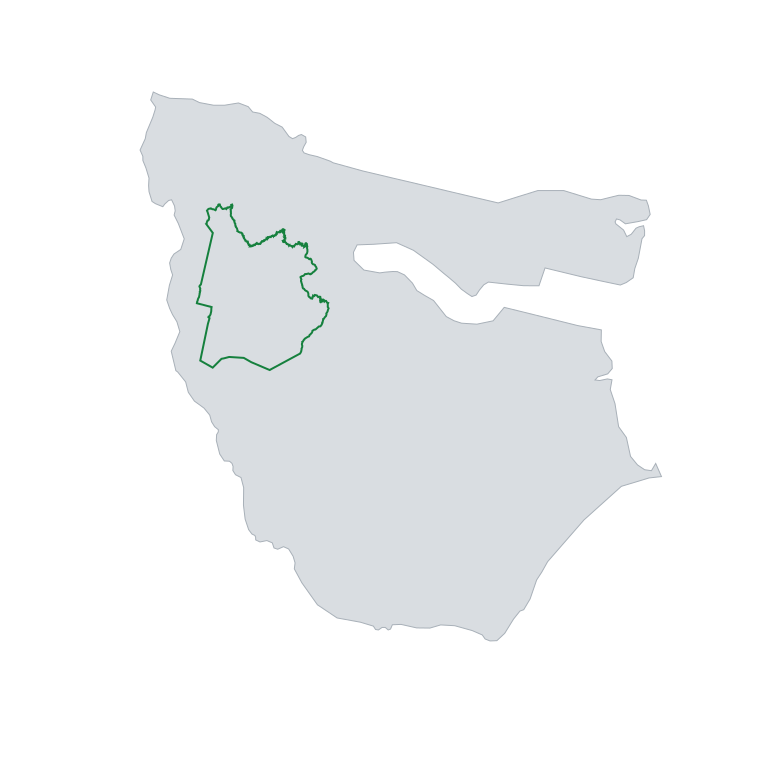 Goudiry, Tambacounda, Senegal shown in context, rotated 193°
{"feature_id": "50182788B18390590381778", "entity_name": "Goudiry", "entity_type": "district", "adm_level": 2, "iso_a3": "SEN", "parent_name": "Senegal", "parent_adm1": "Tambacounda", "projection": "natural_earth1", "projection_center": [-12.97, 13.973], "detail": "fine", "context": "in_parent", "style": "outline", "palette": "green", "viewbox_px": 768, "rotation_deg": 193, "n_neighbors": 0, "source": "geoboundaries", "source_scale": "gbopen_adm2", "svg_char_len": 9059}
<svg xmlns="http://www.w3.org/2000/svg" viewBox="0 0 768 768"><g transform="rotate(193 384 384)"><path d="M589.8,350.2L598.7,368.1L596.8,376.6L594.7,389.1L599.8,398.1L605.7,404.1L609.9,409.5L614.6,417.0L615.3,431.9L614.5,442.7L617.5,447.6L620.1,453.7L619.6,458.8L617.9,463.4L612.3,469.4L611.3,480.5L620.5,494.1L626.5,501.4L626.4,505.7L628.1,510.3L632.4,515.7L635.1,514.4L638.1,510.0L639.4,507.0L647.3,508.3L651.1,509.7L656.2,518.5L658.0,524.4L659.3,531.8L664.6,541.0L669.2,547.5L670.2,551.6L674.3,557.1L671.8,569.3L672.1,575.5L669.3,591.9L668.7,599.6L668.8,602.5L675.2,608.3L674.5,616.6L668.1,615.2L657.0,614.2L634.8,618.5L627.2,616.7L612.6,617.3L602.2,619.7L589.0,625.1L578.7,623.7L573.2,619.5L565.9,619.8L557.7,617.5L549.0,613.4L541.0,611.4L532.3,603.8L528.3,602.5L525.5,604.4L523.1,607.0L520.6,608.5L515.9,607.1L514.2,602.0L515.6,597.1L516.1,593.3L513.9,591.2L508.6,590.6L500.1,590.6L486.4,589.0L483.3,588.1L452.6,586.8L420.8,586.6L393.8,586.5L359.8,586.3L335.8,586.2L313.5,586.1L296.3,596.2L277.6,607.1L252.4,612.9L223.5,610.8L214.3,612.3L204.7,617.2L197.7,620.7L187.7,622.8L174.9,621.1L169.7,622.1L166.5,617.1L162.8,609.1L165.1,603.2L173.0,599.4L184.8,594.4L191.0,597.0L194.6,597.1L195.3,593.9L194.1,592.2L185.2,587.9L180.6,582.2L176.8,585.5L173.5,592.5L170.8,594.6L166.7,596.6L164.5,591.8L163.5,587.2L165.3,583.6L164.5,563.6L165.6,552.9L165.1,543.6L170.7,537.4L176.0,533.6L196.6,533.2L215.8,532.9L234.3,533.1L253.2,533.3L255.1,514.6L261.1,513.2L270.0,511.2L286.6,509.0L305.2,506.8L309.1,503.1L312.2,496.9L314.2,491.4L318.0,489.0L323.2,490.9L330.0,493.8L337.0,498.3L345.1,502.5L350.4,505.1L363.3,511.7L385.4,520.9L403.6,524.5L425.6,517.8L441.5,513.5L443.4,505.5L441.0,497.7L429.2,490.5L413.1,491.3L408.2,493.2L400.7,495.6L396.2,496.5L388.6,494.9L379.0,488.7L373.0,482.4L364.5,479.5L354.5,476.5L338.5,463.7L330.1,461.4L322.1,460.7L306.9,463.2L291.9,470.1L284.1,485.7L269.1,485.5L237.5,485.0L208.4,484.5L184.4,485.6L182.0,474.3L176.3,465.3L167.1,457.6L165.1,450.4L168.3,444.2L177.2,439.1L179.3,435.4L174.6,435.9L167.5,439.2L162.8,439.4L162.3,429.5L154.5,416.8L145.8,395.2L135.8,386.4L127.5,368.9L118.8,362.2L110.8,359.1L103.9,359.7L101.4,367.7L92.8,356.2L104.6,352.1L129.7,337.7L158.6,296.5L184.6,247.7L188.0,236.1L191.2,227.4L193.3,207.4L197.1,195.5L200.5,193.3L204.9,184.1L210.3,168.2L216.3,159.3L222.9,157.5L228.1,158.3L231.8,161.6L242.7,163.6L260.7,164.4L274.6,162.0L284.4,156.5L297.3,153.7L313.3,153.6L321.7,151.3L322.5,146.7L324.6,145.3L328.0,147.1L331.1,146.4L334.1,143.1L337.0,142.9L339.9,145.7L353.3,146.6L377.1,145.5L399.2,153.9L419.3,171.8L429.8,183.7L430.4,189.7L433.8,195.7L439.8,201.8L445.3,202.9L450.4,199.1L454.3,199.5L457.1,204.1L462.9,205.1L469.3,202.2L473.9,203.2L474.7,206.0L475.8,207.4L478.9,208.1L483.1,211.6L488.9,221.1L493.7,234.4L497.4,251.4L502.3,260.7L508.3,262.2L511.8,265.7L512.5,269.7L514.3,272.5L517.2,274.0L522.3,273.1L528.3,278.8L534.7,291.3L535.7,297.0L534.7,300.0L535.1,302.2L539.4,304.3L543.5,308.4L546.8,314.5L553.9,320.0L564.9,324.7L572.8,331.9L577.7,341.4L587.7,349.3L589.8,350.2Z" fill="#d9dde1" stroke="#a8b0b8" stroke-width="1"/><path d="M554.6,361.4L548.0,372.0L545.7,373.0L541.0,375.5L526.5,377.9L518.2,375.4L498.6,371.9L472.6,394.8L472.0,397.0L472.1,397.9L472.0,398.8L472.3,399.7L472.0,401.5L472.2,402.9L472.8,403.8L473.0,404.6L472.9,406.3L473.1,406.7L472.6,407.1L472.1,408.9L471.6,409.4L471.5,410.2L468.9,412.8L467.7,413.6L467.5,415.2L466.8,415.8L466.7,416.3L465.8,417.7L465.6,419.0L465.7,419.8L464.0,421.4L463.0,421.7L460.4,425.4L458.9,425.9L458.3,427.4L458.0,427.9L458.0,428.8L457.7,429.7L458.0,429.9L457.8,430.8L457.7,432.2L457.9,433.6L457.4,433.8L456.7,435.7L455.8,437.2L455.7,438.9L456.1,439.8L455.6,440.9L455.3,442.1L455.3,443.5L455.0,445.3L456.2,446.5L456.2,446.9L456.8,449.2L456.6,450.4L457.8,450.5L459.1,451.9L460.1,451.7L460.5,451.1L461.0,452.1L462.1,452.5L462.3,451.5L463.0,451.9L463.1,451.7L463.2,451.2L462.8,450.5L463.4,450.3L464.0,449.4L464.3,449.4L464.6,449.7L464.4,450.6L464.8,450.7L465.1,451.1L464.8,452.7L465.5,452.9L465.3,453.7L465.7,454.6L466.7,454.5L467.8,453.9L469.3,455.2L471.4,455.2L471.7,454.1L472.0,453.8L473.0,454.2L473.0,453.3L473.3,452.6L473.0,452.0L473.2,451.0L474.8,451.0L475.5,451.6L476.3,452.1L476.8,452.1L477.5,452.9L478.0,454.9L478.4,455.7L479.1,456.6L480.4,457.2L480.9,457.2L482.0,457.6L483.4,458.8L484.3,458.9L484.7,459.3L485.2,460.2L485.4,461.1L485.9,461.6L486.0,462.2L487.4,464.5L487.5,464.9L488.0,465.5L488.2,466.5L488.0,467.2L488.4,467.9L489.3,469.0L489.4,469.5L488.5,470.4L486.8,471.4L486.4,471.9L485.6,473.4L484.5,473.6L482.4,474.7L480.7,474.3L480.3,474.4L480.1,474.9L479.7,474.9L478.9,475.9L478.4,476.9L477.6,477.6L476.9,478.6L476.7,479.4L476.4,479.5L476.1,479.9L475.5,481.2L476.4,482.7L477.4,483.5L478.0,484.4L479.0,484.7L480.1,484.7L481.3,485.5L481.7,486.1L481.7,486.9L482.4,488.1L483.2,489.2L483.7,489.5L484.1,489.5L484.9,488.8L486.2,489.5L487.3,489.8L488.5,489.7L489.3,490.1L489.4,491.9L488.4,494.1L488.4,495.8L488.9,497.8L489.4,498.7L489.7,499.7L489.7,500.9L490.1,501.4L490.7,503.2L491.7,503.7L492.2,503.2L492.3,501.3L491.8,500.3L492.5,499.6L492.5,500.3L492.7,500.6L495.0,500.3L495.0,501.0L494.8,502.1L495.1,502.4L495.8,502.2L496.4,502.4L496.7,502.3L496.7,501.1L497.0,501.0L497.8,502.6L498.7,503.3L499.3,503.1L499.4,502.9L499.0,501.3L500.0,500.6L501.4,500.7L501.7,499.8L502.5,498.8L502.5,498.5L502.4,498.0L502.5,497.7L502.9,497.7L503.3,498.0L504.1,497.8L504.2,497.0L505.1,497.7L505.6,497.6L506.1,497.8L507.0,497.9L507.4,497.5L507.5,498.2L508.0,497.9L509.1,498.6L509.3,498.5L509.7,498.7L509.9,498.5L510.3,498.5L511.2,499.6L511.8,499.7L512.2,500.2L512.7,500.1L512.8,500.2L513.3,499.9L513.9,500.2L514.1,499.8L514.4,499.9L514.5,500.3L514.1,500.9L514.5,501.0L514.4,501.1L513.2,501.7L513.6,502.2L513.2,503.2L512.8,503.4L513.0,504.4L513.4,504.9L513.9,504.3L514.1,504.3L514.4,504.6L514.2,504.7L513.8,506.3L514.0,506.5L514.9,506.7L514.9,507.4L515.1,507.8L515.2,508.8L515.5,509.0L516.2,508.9L516.2,509.1L516.3,509.2L515.8,509.3L515.5,509.6L515.5,509.8L515.9,510.3L515.5,511.7L515.8,511.9L517.0,511.6L517.3,512.1L517.5,512.0L517.8,511.6L517.7,510.4L518.0,510.8L518.4,510.3L518.5,509.9L518.9,510.2L519.4,510.0L519.0,509.4L519.0,508.8L519.5,508.3L520.1,508.6L520.3,508.5L521.4,508.1L521.6,507.9L521.6,507.6L521.9,507.4L522.7,507.8L522.8,507.4L522.6,506.8L522.4,506.7L522.2,505.9L522.5,505.6L522.9,505.6L522.9,505.0L523.3,505.1L523.6,504.8L523.9,503.7L524.1,503.6L524.4,503.9L524.9,503.6L525.0,503.2L525.3,503.6L525.7,503.7L526.0,503.1L526.7,503.0L527.1,502.5L527.1,502.1L527.3,501.7L527.9,501.8L528.1,501.6L528.4,501.7L528.8,501.2L529.6,501.2L529.9,501.0L530.2,501.1L530.4,501.0L530.4,500.0L530.0,500.0L529.9,499.8L530.6,499.3L530.5,498.7L530.8,498.7L531.3,499.1L531.3,498.4L532.3,497.8L532.5,497.1L532.7,496.8L533.3,497.0L533.4,496.8L533.3,496.2L534.2,495.8L534.3,495.4L534.5,495.4L534.6,495.9L535.0,495.8L535.2,495.2L535.5,494.9L535.6,493.8L535.9,493.4L535.9,493.0L536.1,492.6L536.4,492.5L536.6,492.7L537.2,492.7L537.8,492.3L538.0,492.0L538.8,492.1L539.2,492.5L539.6,492.3L539.8,492.6L540.2,492.1L540.2,491.6L540.8,491.4L541.0,490.9L540.9,490.4L541.0,490.3L541.4,490.3L541.8,490.0L542.1,490.2L542.3,489.8L542.7,489.6L542.8,489.1L543.3,488.8L543.6,489.1L543.8,488.8L544.0,488.9L544.3,488.4L544.7,488.4L544.8,488.2L545.4,488.6L545.6,488.4L545.6,488.7L546.0,488.8L546.1,489.1L546.4,488.9L546.8,489.5L547.1,489.3L547.2,489.6L548.0,490.1L548.3,490.5L548.4,491.6L548.7,492.0L549.1,491.7L549.5,491.7L549.9,491.8L549.9,492.2L551.3,492.4L551.5,493.2L552.2,493.4L552.6,494.1L553.2,494.5L553.3,495.1L553.8,495.2L553.9,496.5L554.4,496.4L554.7,496.9L555.0,496.8L555.5,497.4L555.5,498.1L555.9,498.2L556.1,498.9L557.4,499.4L557.8,499.2L558.2,499.3L558.6,499.2L559.1,499.4L560.1,499.5L560.6,500.0L561.3,500.0L561.4,500.8L562.1,502.3L563.2,503.4L563.6,503.6L563.8,504.3L564.3,504.6L564.3,505.0L564.7,505.5L565.0,506.8L565.9,507.5L566.2,508.5L566.5,508.9L566.5,509.5L567.0,509.5L567.5,510.3L568.0,510.4L569.0,511.2L569.0,511.5L569.8,512.3L571.0,513.2L571.4,514.6L571.5,516.1L572.1,517.3L572.0,518.0L572.8,519.5L572.2,520.6L571.8,521.0L571.6,521.7L571.9,522.5L571.7,523.5L572.1,524.3L572.3,524.5L572.4,524.2L572.9,524.1L572.7,523.8L572.9,522.9L573.1,522.9L573.3,522.4L573.8,521.9L573.9,522.0L574.3,521.5L574.7,521.4L574.9,521.0L575.4,520.8L575.7,520.9L575.8,520.6L576.5,520.5L576.6,519.8L577.0,519.0L578.0,519.5L580.2,518.3L580.7,518.2L582.2,519.3L582.5,519.8L583.3,520.1L584.4,522.0L585.0,521.9L585.6,521.7L585.8,521.4L585.7,519.9L586.5,519.1L587.0,518.2L587.0,516.0L587.3,515.4L589.2,515.9L590.7,515.7L592.2,516.2L592.7,515.7L593.6,515.6L594.5,515.0L595.5,513.1L594.6,511.9L591.7,506.8L591.8,505.7L591.6,504.8L592.1,503.8L592.7,503.6L593.0,501.9L593.0,500.9L592.8,500.2L593.2,499.9L584.8,492.7L584.8,439.7L585.3,439.1L585.8,437.9L585.8,437.5L584.5,435.7L584.4,434.4L583.9,433.4L584.3,432.5L583.9,431.7L584.1,430.9L583.9,430.5L583.8,426.9L584.2,425.8L584.4,424.4L584.3,423.5L584.6,422.1L584.5,420.6L569.3,420.2L569.2,418.6L568.7,416.1L568.7,412.7L569.3,410.8L570.1,410.2L570.1,409.5L568.8,408.9L569.1,403.0L568.3,365.5L554.6,361.4Z" fill="none" stroke="#15803d" stroke-width="2"/></g></svg>